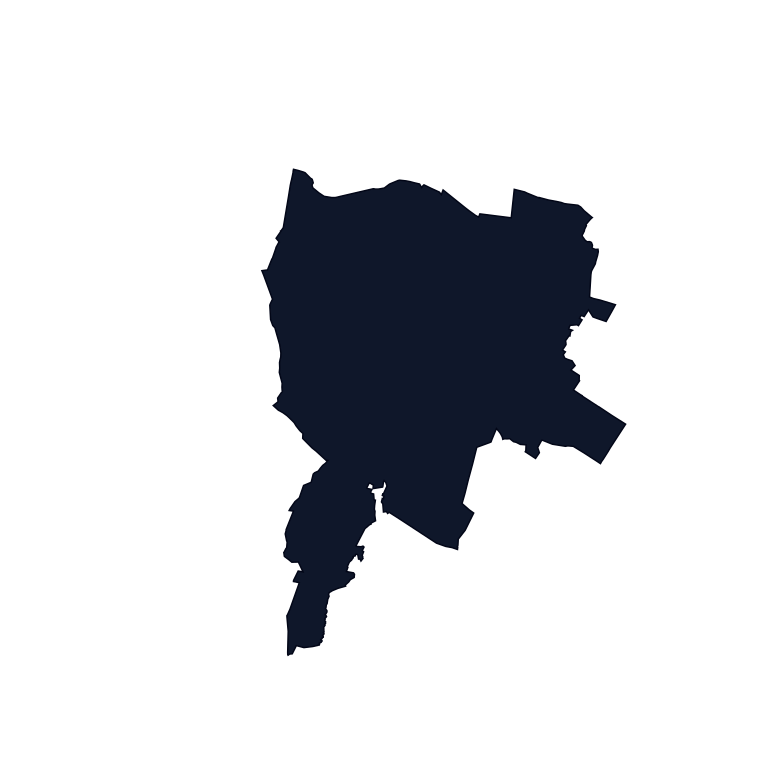 Zasas pag., Jekabpils, Latvia, rotated 313°
{"feature_id": "27541924B5500268657762", "entity_name": "Zasas pag.", "entity_type": "district", "adm_level": 2, "iso_a3": "LVA", "parent_name": "Latvia", "parent_adm1": "Jekabpils", "projection": "mercator", "projection_center": [25.994, 56.276], "detail": "fine", "context": "isolated", "style": "filled", "palette": "ink", "viewbox_px": 768, "rotation_deg": 313, "n_neighbors": 0, "source": "geoboundaries", "source_scale": "gbopen_adm2", "svg_char_len": 6099}
<svg xmlns="http://www.w3.org/2000/svg" viewBox="0 0 768 768"><g transform="rotate(313 384 384)"><path d="M147.9,514.0L148.3,513.9L148.6,514.3L149.0,514.7L149.7,514.3L150.3,513.4L151.1,513.8L152.2,514.2L152.8,514.1L153.2,514.0L153.8,514.0L154.0,513.7L153.6,512.7L153.6,512.3L153.9,512.0L155.1,512.3L155.9,512.2L156.3,511.8L156.7,511.7L156.9,512.0L157.1,512.2L157.3,512.3L157.5,512.2L157.8,511.9L158.2,511.2L158.3,510.5L158.7,510.5L159.0,510.7L159.5,510.7L160.1,510.6L160.5,510.4L160.7,510.1L160.7,509.7L160.7,509.3L160.9,509.1L161.3,509.3L161.8,509.2L162.8,508.0L164.2,506.7L164.5,506.1L164.8,505.9L167.4,505.4L167.6,505.0L167.5,504.8L167.6,504.6L167.8,504.3L168.5,504.5L168.9,504.6L169.2,504.4L169.7,503.8L170.1,503.6L170.4,503.3L170.3,502.8L170.7,501.8L171.2,501.5L171.4,501.6L171.7,501.5L172.2,500.9L172.3,500.6L172.6,500.6L173.6,500.7L174.7,500.6L174.8,500.4L175.2,499.3L175.1,498.9L175.5,498.0L176.2,498.1L176.3,498.2L178.0,497.9L179.0,497.2L179.4,496.6L179.8,494.2L180.0,494.1L180.7,494.2L183.2,492.4L184.5,492.2L188.2,489.7L191.3,488.6L192.3,487.0L193.5,486.3L194.6,486.3L196.1,486.8L196.7,486.9L197.9,487.3L203.2,489.7L210.0,493.8L210.6,492.8L215.1,493.2L217.9,492.8L222.2,494.1L224.7,492.2L225.1,490.5L221.2,484.4L225.3,482.6L225.5,481.7L230.1,480.1L233.1,480.4L234.4,480.1L236.0,480.0L236.7,479.0L238.8,480.2L240.0,479.4L241.1,480.4L241.1,481.5L238.6,484.8L239.6,486.0L238.8,487.9L242.1,487.6L242.2,487.1L243.2,486.3L243.8,484.9L247.4,483.5L247.2,481.9L247.8,481.6L251.1,480.6L251.1,479.2L249.3,478.2L246.6,474.8L246.5,473.9L265.2,468.7L271.2,469.4L272.8,470.1L273.5,469.4L278.2,471.1L281.8,466.7L284.8,464.2L285.8,462.4L288.9,459.9L293.2,456.9L292.5,455.8L296.5,451.4L295.3,449.2L295.8,447.9L298.7,447.1L296.1,442.9L296.4,442.2L301.5,440.7L302.1,441.8L302.7,445.0L302.9,445.2L301.0,446.5L300.0,447.3L307.7,453.3L307.8,453.3L308.3,453.0L312.3,450.2L313.5,449.9L313.3,451.6L313.2,452.5L311.4,455.8L311.1,456.0L311.0,455.9L303.3,458.5L302.9,458.0L301.3,458.8L301.9,460.5L299.6,461.9L299.2,460.8L296.0,462.6L295.5,464.9L290.0,470.9L292.4,472.8L291.8,474.9L293.7,475.3L296.3,489.6L303.4,530.9L307.3,539.9L310.8,545.4L313.1,550.6L315.1,549.1L315.1,548.9L314.9,548.5L315.6,548.2L316.4,548.1L321.2,544.1L332.4,543.1L350.8,537.6L350.1,532.3L349.8,522.6L359.2,517.8L362.8,515.8L371.4,511.0L386.0,503.3L401.0,495.0L413.2,501.2L414.6,501.8L416.9,500.8L428.1,496.6L427.7,500.3L427.2,503.0L426.0,506.5L424.6,508.6L424.9,508.7L425.4,509.1L426.1,509.5L428.1,511.7L429.8,513.3L430.1,517.4L430.2,518.2L431.5,520.4L432.8,524.9L436.4,529.4L432.1,533.1L430.8,533.5L432.9,545.6L439.7,544.5L442.4,539.7L450.3,537.7L451.0,538.4L452.6,542.5L454.8,548.2L462.2,559.2L463.6,560.2L464.6,561.2L467.7,565.2L467.6,565.4L469.7,575.7L472.5,591.2L473.4,596.6L475.6,596.0L478.6,595.6L487.6,593.9L491.6,593.0L519.4,588.1L516.4,572.2L514.0,557.6L513.9,557.7L510.3,537.0L510.6,536.9L510.1,534.7L508.8,526.6L519.6,524.8L519.5,524.5L523.4,521.0L521.7,511.2L527.8,511.2L529.2,505.7L527.1,501.2L526.2,498.5L527.7,495.1L531.2,494.7L530.5,491.4L536.9,490.3L538.2,488.9L539.5,487.2L540.7,487.1L545.5,486.4L545.9,487.2L549.7,484.7L551.8,485.2L550.2,481.5L551.5,480.9L553.8,480.1L559.0,484.8L559.3,486.4L566.0,485.1L565.4,482.1L568.7,481.4L569.8,484.4L577.7,483.0L575.6,491.1L577.1,494.7L581.2,503.8L593.2,500.9L599.8,499.2L592.7,484.7L589.4,479.0L587.8,475.0L605.0,460.8L607.4,459.1L608.8,458.5L616.0,456.6L617.7,455.5L623.7,452.5L626.9,450.5L628.5,448.6L626.6,446.8L625.4,443.8L625.6,443.2L627.4,442.1L627.8,441.6L628.9,439.3L628.9,438.8L628.5,437.6L628.2,437.1L626.7,435.7L626.5,434.9L626.3,433.3L626.3,433.1L627.3,428.3L627.4,428.1L628.0,427.5L632.4,426.2L634.0,425.2L637.9,424.0L638.3,422.9L645.1,422.6L647.8,422.8L647.7,422.4L647.2,412.2L647.6,407.1L647.0,403.9L640.4,395.0L638.9,392.8L637.6,389.8L635.1,385.6L630.8,378.9L626.2,370.3L625.8,370.6L621.2,358.5L620.4,355.9L615.2,346.5L592.3,363.7L573.8,338.1L570.6,339.4L569.7,335.9L568.7,327.9L568.3,323.5L566.2,294.9L561.6,296.8L562.1,293.6L559.2,284.9L556.9,277.4L555.2,277.3L553.3,277.6L554.5,273.7L554.4,273.4L551.7,268.7L549.7,264.9L547.6,261.6L543.7,256.4L543.3,256.1L542.4,255.5L534.5,251.9L533.5,251.6L527.7,250.6L527.3,250.4L523.0,247.2L520.7,244.8L520.4,244.3L520.2,244.0L519.5,243.0L491.1,223.9L488.5,222.2L486.9,221.0L484.7,218.6L480.4,212.2L479.4,206.1L479.3,204.5L479.1,201.2L479.0,199.7L478.9,198.5L479.0,198.2L479.5,197.1L480.3,195.9L480.6,195.6L481.1,195.4L482.8,195.1L483.8,193.5L484.7,191.9L484.7,191.6L484.7,191.1L484.5,190.6L484.4,189.8L484.4,189.2L484.7,182.2L484.0,180.4L481.6,175.5L479.3,171.4L477.8,172.3L477.9,172.5L470.0,177.3L469.0,177.8L465.5,179.9L456.0,186.3L446.3,192.7L430.0,203.5L429.2,203.8L425.9,204.2L425.4,204.0L425.1,204.5L417.0,205.7L416.4,210.6L415.6,210.5L410.7,211.8L410.4,211.8L410.3,212.0L405.2,214.3L400.0,216.6L398.8,216.8L388.0,221.0L383.6,217.4L381.6,221.7L370.0,244.6L365.5,246.0L363.8,246.7L353.8,257.1L350.9,262.8L350.7,265.9L347.7,270.8L341.7,280.8L336.4,287.4L333.3,290.1L330.9,291.4L328.4,293.0L324.5,296.9L321.1,299.5L315.1,309.0L312.2,311.4L309.9,313.8L309.7,314.2L309.8,314.3L309.7,314.5L309.2,314.8L308.8,315.0L307.8,314.8L301.2,315.8L300.9,316.1L299.0,318.4L298.8,318.5L297.7,318.5L292.7,317.7L292.8,324.7L293.1,325.6L294.1,329.7L294.7,334.6L294.7,337.6L294.5,344.5L293.4,348.5L292.5,354.2L292.5,357.2L292.6,358.4L288.8,361.6L288.7,362.4L288.2,375.0L288.6,380.1L288.7,393.6L289.9,395.1L288.2,395.1L286.3,395.3L282.6,394.7L279.0,394.9L275.8,395.3L274.9,395.1L271.8,393.8L269.8,393.7L262.8,397.6L262.2,397.6L261.8,397.5L255.0,394.4L254.7,394.5L243.5,399.5L242.5,399.7L237.3,399.1L229.0,400.3L226.8,400.9L229.3,404.5L210.8,411.7L210.0,412.4L207.0,414.0L203.0,419.6L202.4,420.9L198.0,424.4L196.3,424.6L192.5,425.8L192.4,425.7L190.1,428.5L190.0,428.8L190.6,434.3L190.8,438.1L195.4,442.8L191.4,452.9L188.7,448.8L178.7,451.8L177.8,452.5L179.1,454.5L180.9,457.6L155.2,468.8L148.5,471.1L148.4,471.0L147.6,471.7L137.8,482.6L133.4,486.5L121.9,496.7L120.4,498.2L120.2,498.8L120.6,498.9L122.0,499.1L122.3,499.3L124.1,500.9L132.9,498.3L136.6,505.2L143.5,511.0L147.9,514.0Z" fill="#0f172a" stroke="#020617" stroke-width="1.5"/></g></svg>